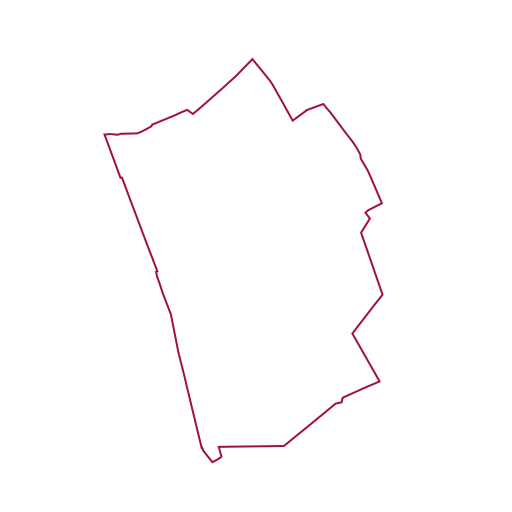 the district of Aloja, Alojas, Latvia, rotated 241°
{"feature_id": "27541924B23831507803085", "entity_name": "Aloja", "entity_type": "district", "adm_level": 2, "iso_a3": "LVA", "parent_name": "Latvia", "parent_adm1": "Alojas", "projection": "robinson", "projection_center": [24.879, 57.768], "detail": "fine", "context": "isolated", "style": "outline", "palette": "rose", "viewbox_px": 512, "rotation_deg": 241, "n_neighbors": 0, "source": "geoboundaries", "source_scale": "gbopen_adm2", "svg_char_len": 1373}
<svg xmlns="http://www.w3.org/2000/svg" viewBox="0 0 512 512"><g transform="rotate(241 256 256)"><path d="M246.3,153.3L208.7,141.2L196.0,137.9L183.3,134.5L176.1,132.4L168.0,130.2L124.2,118.1L114.6,115.5L114.5,116.0L111.1,115.5L96.8,117.9L96.7,124.0L97.1,128.0L97.3,128.4L98.1,128.8L99.7,129.1L107.1,130.9L106.8,131.5L101.9,140.7L90.1,162.6L76.3,188.2L82.3,221.6L88.3,254.1L86.5,259.9L87.1,260.3L90.0,263.2L90.0,263.5L87.9,289.1L87.0,297.1L86.4,303.3L141.5,302.7L155.8,335.8L160.8,347.9L206.3,355.9L225.4,359.2L233.6,373.8L240.9,372.7L241.6,376.2L241.4,383.9L241.1,391.7L258.8,393.5L276.5,395.2L290.4,394.8L294.0,396.4L301.4,396.5L309.0,395.9L315.4,394.9L321.8,393.9L334.4,392.2L345.4,390.7L351.2,389.4L356.3,388.6L357.7,379.6L359.1,370.6L358.8,370.5L356.6,353.7L367.8,353.7L397.8,353.6L402.6,353.2L430.0,348.3L429.8,347.9L423.1,325.6L418.5,305.9L414.9,289.5L413.3,282.1L412.7,279.3L411.2,271.8L410.8,269.7L417.2,266.6L418.1,258.4L418.3,254.3L418.4,253.4L421.2,228.9L420.2,227.3L420.1,222.1L420.3,215.4L420.9,211.4L428.3,197.3L429.1,193.8L433.1,188.0L435.7,182.4L413.6,179.0L390.1,175.4L389.6,176.8L369.8,173.8L363.0,172.8L349.2,170.8L317.6,166.1L312.2,165.4L304.9,164.4L290.4,162.3L290.6,160.9L288.3,160.2L286.0,159.5L283.4,159.1L280.7,158.7L277.5,158.1L274.3,157.5L271.8,157.0L269.3,156.5L257.8,154.9L246.3,153.3Z" fill="none" stroke="#9f1239" stroke-width="2"/></g></svg>